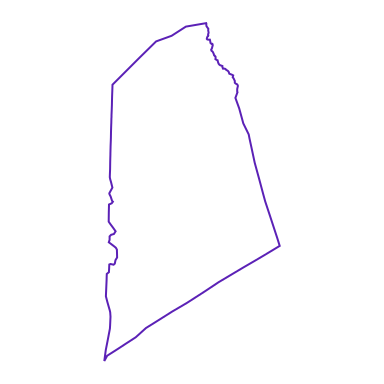 San Sebastián Nicananduta, Oaxaca, Mexico
{"feature_id": "50627088B60877418220141", "entity_name": "San Sebastián Nicananduta", "entity_type": "district", "adm_level": 2, "iso_a3": "MEX", "parent_name": "Mexico", "parent_adm1": "Oaxaca", "projection": "robinson", "projection_center": [-97.675, 17.518], "detail": "fine", "context": "isolated", "style": "outline", "palette": "violet", "viewbox_px": 384, "rotation_deg": 0, "n_neighbors": 0, "source": "geoboundaries", "source_scale": "gbopen_adm2", "svg_char_len": 2356}
<svg xmlns="http://www.w3.org/2000/svg" viewBox="0 0 384 384"><path d="M248.7,134.4L243.3,123.4L239.2,108.4L235.4,97.9L237.5,92.2L237.2,91.8L237.2,90.3L237.2,89.0L237.9,86.0L237.7,85.2L237.1,84.3L235.7,83.6L235.2,83.2L234.8,82.7L234.8,81.6L234.8,80.9L234.2,79.7L234.0,79.3L233.7,78.5L232.7,77.3L233.2,75.4L231.9,74.7L229.3,73.7L228.7,71.9L228.0,71.0L227.0,70.3L226.2,69.9L225.6,69.1L224.8,68.7L224.2,68.7L222.9,68.6L222.7,67.6L222.4,67.1L222.4,66.0L221.0,65.5L220.1,65.2L219.4,64.7L218.6,63.7L218.1,62.4L217.7,60.9L217.6,60.3L216.8,60.0L216.1,59.6L215.4,59.1L215.6,58.1L215.5,56.6L214.7,56.0L214.7,55.6L214.0,55.1L213.8,54.2L213.7,53.8L212.9,52.1L212.4,51.4L211.6,50.9L211.2,50.0L211.2,49.5L211.6,49.0L211.9,48.4L212.3,46.8L212.7,45.5L212.6,44.3L212.3,43.8L211.8,43.7L211.5,43.9L210.5,43.0L210.2,41.1L209.9,39.7L209.5,39.7L208.9,39.7L208.2,39.7L207.2,39.4L206.8,38.9L206.9,38.2L207.1,37.5L207.4,36.8L207.6,36.4L208.1,36.1L208.3,35.3L208.1,35.0L208.1,34.5L208.3,33.6L208.5,33.2L208.6,32.7L208.5,32.0L208.2,30.5L208.3,28.7L208.0,28.3L207.4,27.5L206.5,26.2L206.4,25.7L206.3,24.5L206.3,23.6L206.4,23.4L206.6,23.2L207.0,23.0L185.9,26.6L171.6,35.8L156.1,41.4L139.4,57.8L112.5,84.7L112.4,88.1L112.1,96.3L112.0,100.2L111.9,105.0L111.7,110.6L111.5,115.3L111.5,117.1L111.4,118.5L111.3,122.9L111.2,125.3L111.0,131.8L110.9,137.5L110.8,140.8L110.6,145.8L110.4,153.7L110.4,154.7L110.3,158.0L110.2,162.1L110.1,169.1L109.9,174.0L109.8,177.2L110.2,179.3L111.0,182.0L112.4,187.6L109.4,193.1L109.3,193.6L109.5,194.2L109.8,194.9L110.6,196.4L112.1,200.9L112.9,201.7L111.7,203.3L109.0,204.5L108.8,212.8L108.7,221.7L110.3,224.0L113.2,227.9L115.6,231.3L114.4,233.2L113.9,234.0L111.1,234.8L109.6,236.4L109.6,239.8L108.8,242.3L114.1,246.3L115.8,247.7L116.9,249.6L117.0,252.8L117.1,257.5L115.5,260.1L114.8,263.6L113.6,264.7L110.5,264.0L109.3,264.5L109.1,269.0L108.9,272.2L106.8,273.9L106.7,276.1L106.6,279.8L105.9,296.3L106.1,297.1L107.4,302.1L109.8,310.5L110.2,312.3L110.5,316.7L110.1,325.6L109.9,328.7L107.5,341.3L105.8,349.9L104.3,361.0L107.2,355.7L118.2,348.7L125.5,343.9L135.7,337.3L146.0,328.0L155.8,321.9L172.1,311.6L187.1,302.8L205.4,291.0L218.6,282.2L243.8,267.2L254.3,261.1L264.3,255.2L279.7,245.9L277.3,238.2L275.0,231.2L269.9,215.6L265.2,201.4L263.2,194.1L259.3,179.5L254.7,162.7L251.5,147.7L249.5,138.5L248.7,134.4Z" fill="none" stroke="#5b21b6" stroke-width="2"/></svg>